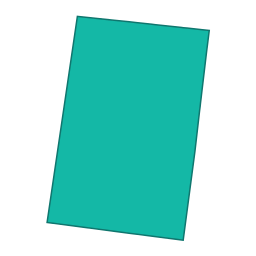 Newton, Missouri, United States of America (Robinson projection), rotated 96°
{"feature_id": "52423323B17908579345359", "entity_name": "Newton", "entity_type": "district", "adm_level": 2, "iso_a3": "USA", "parent_name": "United States of America", "parent_adm1": "Missouri", "projection": "robinson", "projection_center": [-94.466, 36.902], "detail": "fine", "context": "isolated", "style": "filled", "palette": "teal", "viewbox_px": 256, "rotation_deg": 96, "n_neighbors": 0, "source": "geoboundaries", "source_scale": "gbopen_adm2", "svg_char_len": 491}
<svg xmlns="http://www.w3.org/2000/svg" viewBox="0 0 256 256"><g transform="rotate(96 128 128)"><path d="M233.8,61.4L144.5,59.0L102.8,58.6L99.1,58.5L95.0,58.5L89.0,58.4L87.7,58.4L42.7,57.8L38.2,57.7L22.5,57.4L22.5,64.8L22.4,79.2L22.5,83.9L22.4,85.1L22.4,85.8L22.4,106.1L22.4,107.8L22.4,111.9L22.3,115.5L22.3,117.1L22.3,123.8L22.3,130.4L22.2,138.2L22.3,153.1L22.3,190.0L230.4,198.6L232.6,114.5L232.7,107.9L233.2,88.0L233.8,61.4Z" fill="#14b8a6" stroke="#0f766e" stroke-width="1.5"/></g></svg>